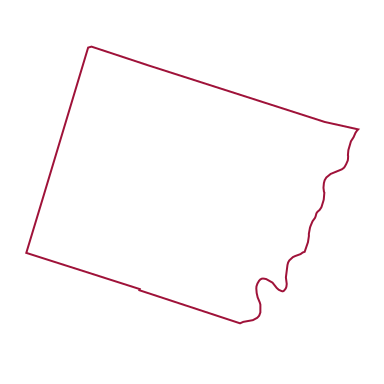 outline of Belmont, Ohio, United States of America, rotated 15°
{"feature_id": "52423323B48788624024896", "entity_name": "Belmont", "entity_type": "district", "adm_level": 2, "iso_a3": "USA", "parent_name": "United States of America", "parent_adm1": "Ohio", "projection": "equal_earth", "projection_center": [-80.794, 40.011], "detail": "fine", "context": "isolated", "style": "outline", "palette": "rose", "viewbox_px": 384, "rotation_deg": 15, "n_neighbors": 0, "source": "geoboundaries", "source_scale": "gbopen_adm2", "svg_char_len": 1146}
<svg xmlns="http://www.w3.org/2000/svg" viewBox="0 0 384 384"><g transform="rotate(15 192 192)"><path d="M54.3,79.4L49.6,234.5L47.7,293.7L166.7,299.3L166.6,300.5L272.4,306.4L275.1,304.2L284.0,300.0L287.6,296.6L288.9,294.1L289.2,290.6L287.2,283.1L286.0,281.1L282.7,276.8L280.6,272.8L279.1,268.6L278.7,266.5L278.9,263.5L279.8,260.3L280.7,258.7L282.1,257.5L283.6,257.1L286.2,256.9L293.2,258.7L298.7,262.8L301.1,264.0L304.1,264.5L305.2,264.5L305.9,264.1L306.4,263.5L307.5,261.0L307.7,259.1L307.3,256.3L304.8,250.2L303.1,237.8L303.1,235.2L303.7,232.9L306.3,228.8L308.2,227.2L312.9,223.9L314.6,221.8L316.3,220.6L317.0,210.5L316.3,204.2L315.7,202.2L315.2,195.9L315.3,194.3L316.0,189.1L317.5,185.2L317.7,183.6L317.7,180.4L318.3,178.7L319.9,176.3L320.9,173.4L321.0,172.2L321.2,166.8L321.2,165.1L320.0,158.3L319.4,157.6L317.9,153.9L317.1,149.3L317.1,146.3L318.0,143.2L321.3,138.6L330.9,131.3L332.4,129.4L333.0,128.0L333.7,125.2L334.3,121.3L334.1,119.6L333.5,116.8L333.1,116.2L332.2,111.1L332.4,101.9L333.9,97.2L334.6,92.5L335.4,90.2L336.3,88.5L302.1,90.0L239.2,86.9L116.8,81.0L57.3,77.6L54.3,79.4Z" fill="none" stroke="#9f1239" stroke-width="2"/></g></svg>